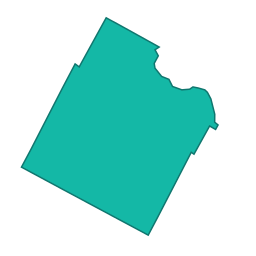 the district of Clark, Illinois, United States of America, rotated 299°
{"feature_id": "52423323B65580501583710", "entity_name": "Clark", "entity_type": "district", "adm_level": 2, "iso_a3": "USA", "parent_name": "United States of America", "parent_adm1": "Illinois", "projection": "equal_earth", "projection_center": [-87.661, 39.322], "detail": "fine", "context": "isolated", "style": "filled", "palette": "teal", "viewbox_px": 256, "rotation_deg": 299, "n_neighbors": 0, "source": "geoboundaries", "source_scale": "gbopen_adm2", "svg_char_len": 634}
<svg xmlns="http://www.w3.org/2000/svg" viewBox="0 0 256 256"><g transform="rotate(299 128 128)"><path d="M44.1,197.6L64.6,197.2L137.4,195.1L137.1,198.4L169.3,198.4L169.2,205.3L174.3,205.3L175.1,201.0L182.1,197.2L193.6,186.4L197.7,180.1L198.6,176.7L197.0,169.9L195.4,164.9L191.8,163.1L188.1,157.5L187.5,156.7L185.9,146.8L190.4,140.2L190.2,138.7L189.4,132.4L193.4,122.6L197.2,119.6L205.8,119.5L209.5,113.7L213.9,116.0L213.9,102.1L213.9,74.4L213.9,73.9L213.9,68.4L213.8,60.6L213.8,59.1L213.8,55.5L157.8,55.7L158.4,50.7L130.9,51.3L61.3,53.5L42.1,53.8L42.7,101.5L44.1,197.6Z" fill="#14b8a6" stroke="#0f766e" stroke-width="1.5"/></g></svg>